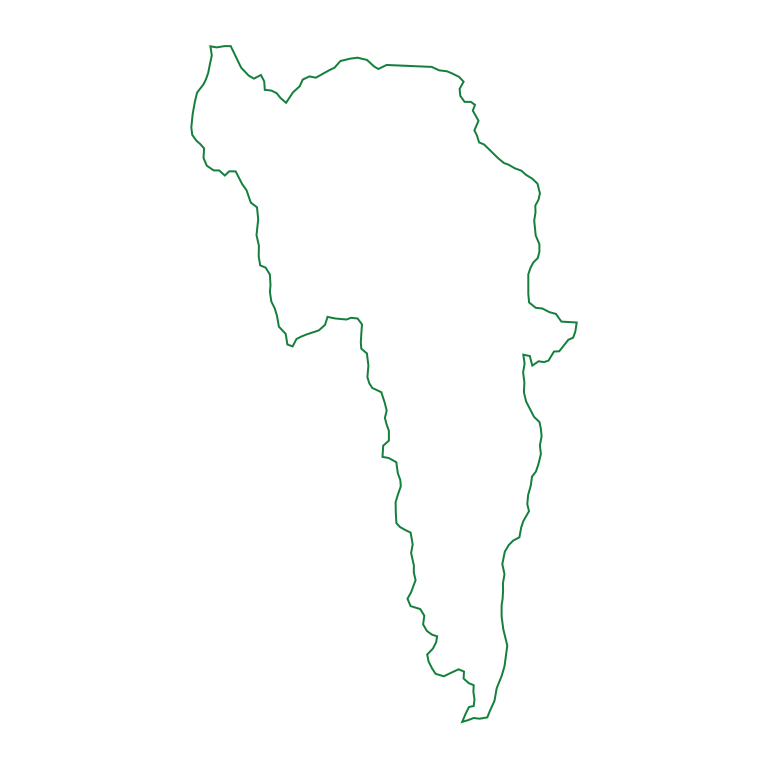 the district of Amorinópolis, Goiás, Brazil
{"feature_id": "56859067B52837395632333", "entity_name": "Amorinópolis", "entity_type": "district", "adm_level": 2, "iso_a3": "BRA", "parent_name": "Brazil", "parent_adm1": "Goiás", "projection": "equal_earth", "projection_center": [-51.105, -16.664], "detail": "fine", "context": "isolated", "style": "outline", "palette": "green", "viewbox_px": 768, "rotation_deg": 0, "n_neighbors": 0, "source": "geoboundaries", "source_scale": "gbopen_adm2", "svg_char_len": 3049}
<svg xmlns="http://www.w3.org/2000/svg" viewBox="0 0 768 768"><path d="M576.7,322.5L569.6,322.1L561.4,321.6L555.9,313.9L549.3,312.1L542.4,308.5L535.7,307.8L529.1,302.5L528.3,293.9L528.3,281.3L528.3,274.3L530.7,267.3L533.5,262.3L537.8,258.0L539.4,251.8L539.4,244.2L535.7,235.5L535.0,228.5L534.2,220.5L535.5,212.4L535.3,205.6L538.6,199.5L539.9,193.3L537.5,183.7L532.3,178.7L526.1,174.9L521.2,170.6L514.8,168.3L508.6,164.7L503.9,163.0L498.2,158.3L492.2,152.4L484.1,144.5L479.1,142.4L476.9,135.4L474.4,130.4L478.5,120.8L472.8,110.6L475.0,104.9L470.9,101.9L464.6,101.9L460.3,95.9L459.6,88.9L463.6,81.7L459.1,76.9L452.7,73.7L447.0,71.3L439.1,70.3L431.7,66.9L386.5,65.0L378.3,69.0L374.0,66.4L366.9,59.9L357.5,57.7L350.5,58.6L340.4,61.0L334.6,67.6L329.1,70.3L315.8,77.7L309.5,76.4L302.7,79.6L299.7,86.3L293.0,92.3L286.1,102.8L280.4,97.9L276.7,93.2L271.5,90.6L264.8,89.8L264.2,81.3L260.9,75.0L253.9,78.6L248.7,75.6L241.1,67.6L234.2,53.3L230.7,46.1L224.6,46.1L216.6,47.4L210.4,46.3L211.8,55.4L209.7,65.2L208.2,72.9L206.0,79.2L203.5,84.3L197.1,92.6L194.9,101.6L192.7,113.9L191.3,127.4L192.2,134.8L196.4,140.7L200.3,144.1L204.1,148.4L203.5,157.9L206.8,165.7L213.7,170.4L219.1,170.4L224.8,175.5L229.3,171.3L235.7,171.4L242.1,184.0L246.5,190.2L250.8,202.6L257.0,207.3L258.2,219.4L256.5,235.1L258.9,245.7L258.7,256.5L260.2,265.4L265.6,267.6L269.9,274.6L270.5,285.2L269.9,291.7L271.3,301.5L274.8,308.5L277.0,315.9L278.9,326.7L285.7,333.9L287.4,344.5L292.6,346.4L296.5,339.0L301.7,336.4L306.4,334.5L318.8,330.4L325.1,324.8L327.5,316.9L335.4,318.5L346.4,319.5L351.1,317.8L357.6,318.5L362.0,324.4L361.4,332.4L360.8,342.4L361.3,348.7L366.9,353.4L368.4,365.6L367.4,377.2L369.3,383.3L372.3,388.0L381.3,392.2L384.7,402.6L386.7,410.5L384.9,417.9L386.5,424.1L388.9,430.8L388.9,440.6L383.2,445.7L382.5,456.9L388.7,458.0L396.3,462.2L397.8,473.2L400.3,480.0L400.8,486.3L397.6,495.5L395.6,502.2L395.8,512.8L396.4,523.1L400.1,527.1L404.7,529.7L410.6,532.6L412.7,544.4L411.1,553.0L413.9,565.5L413.8,572.6L415.6,580.1L411.1,592.2L407.5,598.8L410.6,606.1L420.3,609.1L424.3,615.7L423.1,624.4L426.9,631.0L432.1,634.7L437.1,636.3L436.1,642.4L432.9,648.6L427.2,654.5L428.6,661.6L432.1,668.5L435.6,673.8L443.8,676.3L451.0,672.8L458.6,669.3L464.0,671.6L463.6,678.5L468.7,683.1L473.7,685.2L473.4,692.0L474.5,699.4L473.7,706.0L469.0,707.0L465.7,713.6L462.2,721.9L467.9,720.2L473.7,718.0L479.7,718.7L487.3,717.4L490.0,710.7L494.5,700.7L496.7,688.2L501.6,676.1L504.5,666.3L505.6,658.1L507.3,645.6L503.3,629.3L501.6,616.5L501.6,605.5L502.6,598.9L503.1,590.5L502.9,583.5L504.5,574.2L502.3,564.2L504.8,551.7L508.7,545.1L513.0,540.7L519.4,537.3L521.2,527.5L523.3,521.1L529.0,511.2L527.3,504.2L528.1,495.1L530.8,485.5L532.0,476.6L535.9,471.6L538.4,464.3L540.9,454.0L539.9,445.3L541.6,436.4L540.9,428.9L539.5,422.1L534.0,416.8L526.1,401.5L523.9,392.2L524.4,382.5L523.1,372.3L524.6,363.6L523.3,354.7L529.8,356.0L532.3,365.6L538.6,361.3L544.1,362.1L548.5,360.6L554.0,351.5L559.2,351.3L563.6,345.8L568.3,339.8L573.1,337.7L575.3,331.8L576.7,322.5Z" fill="none" stroke="#15803d" stroke-width="2"/></svg>